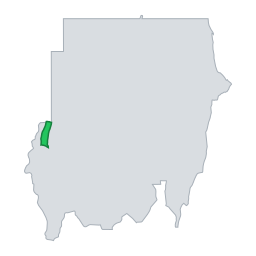 location of Kernoi, Western Darfur, Sudan
{"feature_id": "16777658B31925406348154", "entity_name": "Kernoi", "entity_type": "district", "adm_level": 2, "iso_a3": "SDN", "parent_name": "Sudan", "parent_adm1": "Western Darfur", "projection": "equal_earth", "projection_center": [23.614, 14.984], "detail": "fine", "context": "in_parent", "style": "filled", "palette": "green", "viewbox_px": 256, "rotation_deg": 0, "n_neighbors": 0, "source": "geoboundaries", "source_scale": "gbopen_adm2", "svg_char_len": 4252}
<svg xmlns="http://www.w3.org/2000/svg" viewBox="0 0 256 256"><path d="M177.9,227.2L175.6,227.2L175.3,226.5L175.3,224.4L175.6,222.9L176.4,220.5L176.2,219.1L176.3,217.2L175.6,215.1L170.0,208.8L168.8,207.1L165.8,205.6L166.3,203.8L164.9,191.1L165.5,189.6L165.7,187.4L165.6,185.5L166.3,182.2L166.4,180.8L160.4,180.7L160.4,182.1L160.7,183.7L160.7,184.3L152.4,184.4L155.7,189.4L155.9,191.5L155.8,194.3L155.8,196.0L156.0,197.1L156.9,199.4L156.9,199.8L156.7,200.3L150.9,207.0L149.9,210.1L149.1,211.7L147.4,214.4L142.1,221.5L141.2,222.0L137.1,222.2L136.7,222.4L136.4,222.7L132.7,218.5L126.8,213.5L122.9,216.1L121.8,217.0L121.8,219.5L121.2,220.7L120.2,222.0L117.3,222.9L115.8,223.6L114.0,225.0L112.3,227.2L112.2,228.4L112.4,229.5L102.4,229.4L101.7,228.6L100.3,224.8L99.2,225.1L90.2,224.6L88.9,225.0L86.3,226.6L85.0,226.8L83.6,226.1L78.8,218.7L77.8,217.8L76.7,216.0L75.7,215.3L75.3,214.7L75.2,213.9L75.2,212.3L74.9,211.3L74.1,211.0L67.7,212.8L66.8,212.6L65.5,212.9L65.0,213.2L64.5,214.2L64.4,216.2L64.2,217.2L63.7,218.3L61.9,220.8L61.5,221.9L61.6,224.7L61.5,226.1L61.2,226.7L60.4,227.8L60.1,228.4L59.8,232.0L58.8,234.1L58.5,234.9L58.5,236.4L58.3,236.9L55.4,238.1L54.3,238.9L53.7,240.1L53.5,240.6L52.3,240.2L50.7,239.9L47.6,239.5L46.4,238.9L45.9,238.1L46.0,236.0L45.7,235.5L45.3,235.1L44.9,234.2L45.0,233.1L46.6,230.6L46.9,229.2L47.3,223.0L47.2,221.1L46.0,217.6L43.0,211.6L42.3,210.4L38.7,205.5L38.3,204.7L37.4,202.6L38.4,198.1L38.4,196.8L38.2,195.5L37.3,194.5L36.4,194.4L35.4,193.2L34.7,192.6L34.0,191.5L33.6,190.0L33.9,184.6L33.7,183.9L32.8,183.7L32.6,183.3L32.6,182.3L32.1,179.2L31.6,176.7L31.9,175.3L31.1,173.4L29.6,172.6L26.7,173.2L25.8,173.1L25.2,172.7L24.8,172.0L24.5,171.2L24.7,170.0L25.6,167.7L26.6,165.8L28.7,164.1L29.2,163.2L29.6,162.2L29.6,161.0L29.5,159.8L29.3,158.7L28.6,157.2L28.1,155.5L28.1,154.3L28.3,153.5L28.9,152.5L31.0,150.5L33.1,148.8L33.5,148.3L33.3,147.6L32.3,146.2L32.1,143.6L31.5,141.8L32.6,140.4L33.4,139.9L34.6,139.5L35.1,138.9L35.3,137.8L35.2,136.7L35.7,136.0L36.3,134.3L36.7,133.5L38.4,131.6L38.7,130.3L38.8,129.1L38.4,125.4L39.3,123.8L40.5,122.6L42.2,122.6L44.9,122.4L46.7,121.8L48.0,121.8L50.9,122.5L51.2,122.2L51.4,121.3L51.3,51.5L63.4,51.5L63.5,51.4L63.4,18.7L139.2,18.7L139.9,18.6L141.0,15.6L141.5,15.4L142.3,15.5L142.6,16.3L142.0,18.7L208.1,18.7L208.4,22.4L209.0,25.4L211.1,29.7L212.7,32.0L213.3,33.2L213.4,33.8L213.4,34.4L212.8,33.7L212.0,33.3L212.0,35.3L212.5,39.4L213.2,42.3L212.8,44.9L213.0,49.4L214.0,54.8L214.0,58.3L215.6,66.4L217.1,70.9L217.9,72.0L218.7,72.6L220.3,72.9L222.7,75.2L224.7,77.6L225.4,78.9L226.3,80.3L226.9,80.0L227.3,79.7L228.0,80.8L231.0,83.2L231.5,84.3L230.4,85.4L229.3,87.3L228.7,89.1L228.4,89.7L227.4,90.8L227.3,91.3L226.9,91.6L226.4,91.7L225.4,92.3L224.5,92.1L223.6,92.4L223.2,92.8L222.5,93.2L221.5,93.4L220.0,94.9L218.7,95.6L218.3,96.2L217.6,99.2L217.1,100.0L215.1,100.0L214.2,100.3L212.8,100.0L212.2,100.0L212.0,100.6L211.8,103.2L211.9,104.3L210.8,107.2L211.3,112.7L210.3,116.8L210.2,117.7L209.1,120.9L208.6,122.2L207.3,128.2L206.8,130.1L205.7,132.1L207.2,146.7L206.3,151.2L206.4,153.6L205.8,157.2L205.2,158.9L204.4,160.9L203.7,163.2L203.1,166.1L202.7,171.8L202.5,172.3L198.9,173.0L197.8,173.4L197.1,174.0L196.2,175.5L194.4,179.4L193.5,181.9L192.1,185.2L190.3,187.6L190.0,188.7L189.7,190.8L189.1,194.2L188.6,196.6L188.7,198.6L188.2,201.9L188.3,203.6L187.7,204.5L186.9,205.3L186.3,205.6L183.8,203.3L182.1,204.9L181.0,207.0L180.2,209.2L180.7,213.9L180.7,214.9L180.5,216.0L178.9,220.6L178.4,222.7L177.9,226.3L177.9,227.2Z" fill="#d9dde1" stroke="#a8b0b8" stroke-width="1"/><path d="M48.3,147.6L48.2,146.2L47.2,144.3L47.5,142.9L47.5,140.5L47.7,139.2L47.9,138.1L48.4,134.3L48.4,133.9L48.5,133.4L49.1,130.8L49.8,129.3L51.2,124.6L51.4,123.5L51.5,122.4L51.3,122.4L51.2,122.4L50.8,122.3L50.6,122.2L50.3,122.1L50.1,122.1L49.9,122.0L49.7,121.9L49.3,121.7L48.9,121.7L48.5,121.7L48.3,121.7L48.2,121.7L47.9,121.6L47.6,121.5L47.2,121.5L46.9,121.5L46.7,121.5L46.4,121.5L46.2,122.1L46.1,122.3L45.7,124.3L45.3,125.9L44.9,126.8L44.2,128.3L43.3,130.4L42.6,131.3L42.3,132.2L42.0,133.2L41.8,133.9L41.3,137.2L41.0,138.1L40.9,139.0L41.2,140.9L41.2,142.4L41.1,143.5L41.0,145.0L41.5,144.9L42.7,145.2L43.3,145.2L44.3,145.5L45.5,145.9L46.4,146.4L46.7,146.7L48.3,147.6Z" fill="#22c55e" stroke="#15803d" stroke-width="1.5"/></svg>